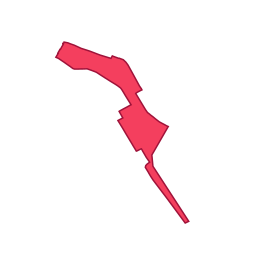 outline of Al-Sharq, Bur Sa`id, Egypt, rotated 117°
{"feature_id": "37247803B90790546702269", "entity_name": "Al-Sharq", "entity_type": "district", "adm_level": 2, "iso_a3": "EGY", "parent_name": "Egypt", "parent_adm1": "Bur Sa`id", "projection": "natural_earth1", "projection_center": [32.303, 31.263], "detail": "fine", "context": "isolated", "style": "filled", "palette": "rose", "viewbox_px": 256, "rotation_deg": 117, "n_neighbors": 0, "source": "geoboundaries", "source_scale": "gbopen_adm2", "svg_char_len": 1992}
<svg xmlns="http://www.w3.org/2000/svg" viewBox="0 0 256 256"><g transform="rotate(117 128 128)"><path d="M70.9,174.7L73.7,174.8L75.7,186.1L76.9,197.3L78.3,205.9L78.6,213.4L79.2,217.8L79.4,220.2L80.3,223.4L80.4,223.7L80.5,224.0L80.9,223.9L81.0,223.9L81.6,223.8L81.9,223.9L82.0,224.1L82.0,224.4L82.2,224.5L82.7,224.3L82.7,224.0L82.7,223.7L83.5,223.7L84.9,223.8L86.1,223.9L86.8,223.9L87.8,223.9L88.5,223.9L88.5,224.1L88.6,224.3L93.3,224.5L93.6,224.4L93.5,224.1L97.7,224.4L97.7,223.7L97.7,223.3L97.6,223.1L97.6,222.8L97.6,221.3L98.0,218.2L98.4,214.9L98.9,211.5L99.2,209.4L99.5,207.0L99.7,206.2L99.8,205.5L99.8,205.2L99.9,204.9L100.0,203.9L99.9,203.2L99.8,202.5L99.5,201.9L99.1,201.1L98.5,199.9L97.9,198.8L96.7,196.6L96.2,195.6L94.0,191.6L93.8,191.3L93.8,191.0L93.7,190.3L93.2,186.6L92.9,183.9L92.7,181.6L92.8,180.2L93.1,177.6L93.6,172.7L93.6,172.3L93.7,171.9L93.9,169.4L94.3,165.3L94.5,162.9L94.6,161.5L94.8,159.0L95.0,157.1L95.3,155.0L95.4,154.7L95.6,153.3L95.8,152.7L96.0,152.2L96.6,151.0L98.3,148.2L99.9,145.7L100.4,144.9L105.9,135.8L106.7,136.4L109.4,138.2L113.1,140.8L116.8,143.3L117.0,143.4L117.2,143.5L119.6,139.9L121.4,137.2L125.6,140.2L125.9,140.4L126.1,140.1L130.6,132.7L134.0,127.4L140.3,117.3L141.7,115.1L144.6,110.4L144.8,110.2L144.7,109.9L144.5,109.7L143.4,108.9L140.8,107.0L140.7,106.8L140.5,106.6L140.9,105.9L141.7,104.8L145.9,98.3L148.6,93.2L152.0,94.8L153.6,95.1L155.2,94.7L158.2,89.8L158.9,88.8L160.8,85.8L162.4,83.0L163.0,82.0L173.0,61.3L186.7,33.9L183.6,31.5L150.8,88.4L141.2,94.5L123.7,93.6L108.4,92.8L108.5,94.5L108.3,102.9L107.4,107.7L106.7,110.7L106.1,114.2L106.0,114.5L105.9,114.8L105.5,116.8L105.4,117.6L105.3,117.8L104.9,118.5L103.8,120.6L97.6,130.6L93.8,136.7L93.7,136.8L92.2,136.1L90.3,134.8L89.6,134.3L88.4,133.4L87.8,133.0L87.7,132.9L87.5,133.1L87.3,133.4L86.9,134.0L86.1,135.5L85.4,136.8L78.4,147.0L71.9,156.6L70.3,159.8L69.3,163.2L69.8,167.5L70.2,168.1L70.2,168.3L70.2,168.5L70.8,173.5L70.9,174.7Z" fill="#f43f5e" stroke="#9f1239" stroke-width="1.5"/></g></svg>